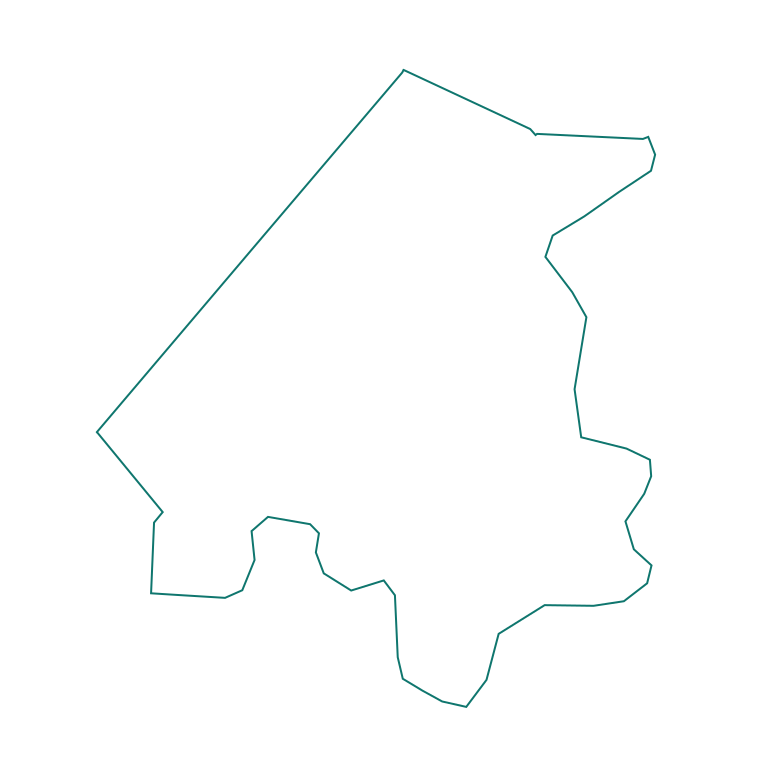 the district of Karlsborg, Västra Götaland, Sweden, rotated 185°
{"feature_id": "70781695B19460929055016", "entity_name": "Karlsborg", "entity_type": "district", "adm_level": 2, "iso_a3": "SWE", "parent_name": "Sweden", "parent_adm1": "Västra Götaland", "projection": "natural_earth1", "projection_center": [14.477, 58.607], "detail": "fine", "context": "isolated", "style": "outline", "palette": "teal", "viewbox_px": 768, "rotation_deg": 185, "n_neighbors": 0, "source": "geoboundaries", "source_scale": "gbopen_adm2", "svg_char_len": 857}
<svg xmlns="http://www.w3.org/2000/svg" viewBox="0 0 768 768"><g transform="rotate(185 384 384)"><path d="M392.0,698.4L392.9,696.0L527.3,506.6L666.3,310.4L665.5,310.8L593.3,237.1L601.0,225.9L597.8,155.2L572.9,155.8L523.7,157.1L507.2,166.2L497.6,197.4L503.1,225.9L488.0,241.5L445.4,237.9L435.8,229.6L437.2,210.3L427.5,190.1L398.7,175.4L367.1,188.3L354.7,174.5L346.5,113.0L339.6,92.0L319.0,81.9L298.4,72.8L273.9,69.5L256.1,98.2L248.0,145.1L204.7,177.7L155.9,181.3L126.1,188.5L104.5,208.4L101.7,226.6L120.7,241.1L131.5,268.2L115.2,297.3L109.8,315.4L112.5,331.7L136.8,340.8L182.9,348.1L193.7,395.4L191.0,431.2L188.2,468.2L204.5,491.9L234.3,524.7L228.9,546.6L199.0,568.5L166.5,595.9L136.6,619.7L133.9,636.1L142.3,653.2L147.4,650.7L253.3,646.5L254.7,645.2L260.5,650.7L391.6,698.5L391.7,698.3L392.0,698.4Z" fill="none" stroke="#0f766e" stroke-width="2"/></g></svg>